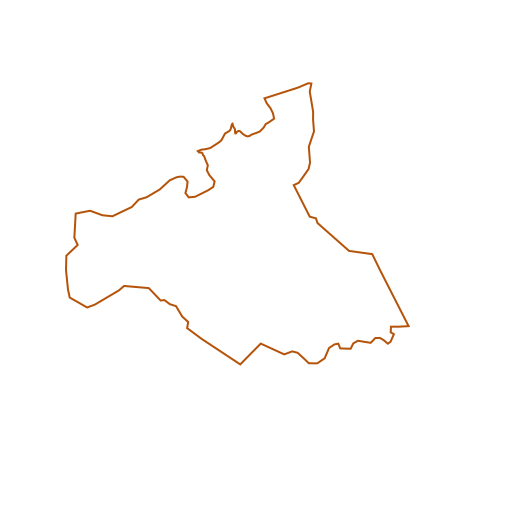 outline of Akpabuyo, Cross River, Nigeria, rotated 45°
{"feature_id": "59680162B58958286313368", "entity_name": "Akpabuyo", "entity_type": "district", "adm_level": 2, "iso_a3": "NGA", "parent_name": "Nigeria", "parent_adm1": "Cross River", "projection": "natural_earth1", "projection_center": [8.451, 4.951], "detail": "fine", "context": "isolated", "style": "outline", "palette": "amber", "viewbox_px": 512, "rotation_deg": 45, "n_neighbors": 0, "source": "geoboundaries", "source_scale": "gbopen_adm2", "svg_char_len": 1758}
<svg xmlns="http://www.w3.org/2000/svg" viewBox="0 0 512 512"><g transform="rotate(45 256 256)"><path d="M173.0,411.8L176.4,404.4L183.4,377.2L183.9,370.5L202.9,354.5L220.0,354.9L222.5,351.9L229.1,351.0L234.9,348.0L246.7,351.0L254.7,350.6L258.3,355.7L275.9,353.1L321.5,343.8L321.3,314.6L345.5,305.6L349.1,297.8L353.9,295.0L362.7,294.6L369.2,294.5L375.2,288.6L376.9,279.8L372.7,269.4L374.0,263.0L376.2,259.8L380.9,261.8L388.5,254.7L386.6,249.0L388.0,243.9L398.5,236.3L398.4,229.6L401.6,226.3L405.8,225.2L411.2,224.8L411.8,221.6L408.8,213.8L405.2,214.7L401.4,210.5L406.6,205.4L413.5,197.7L354.4,178.5L336.9,172.5L318.2,186.6L276.2,189.2L271.7,187.0L266.2,190.2L232.6,179.2L234.5,173.9L231.7,157.4L228.2,151.8L216.1,141.4L208.9,126.9L199.8,119.1L194.4,113.6L177.7,101.7L173.2,94.9L170.8,96.9L166.6,107.3L150.5,138.5L155.6,140.4L161.9,141.3L167.1,143.1L171.7,146.1L170.4,153.2L169.6,155.6L170.1,157.9L170.6,159.6L170.7,165.2L169.3,168.5L167.0,173.4L166.6,175.5L165.6,177.3L163.4,178.4L160.2,179.0L156.3,179.1L155.1,180.1L154.7,181.8L155.1,183.4L154.8,183.9L153.9,183.5L151.7,181.4L151.1,181.1L150.3,180.9L148.9,180.7L148.1,180.4L145.9,179.1L145.8,179.9L148.4,184.2L148.8,186.1L147.5,191.4L149.5,197.8L149.7,200.0L149.0,204.1L147.3,212.0L145.0,215.8L142.1,219.6L140.7,223.0L142.6,223.0L144.4,221.4L145.5,221.2L147.0,222.1L148.7,222.1L153.3,224.2L157.8,225.9L160.5,230.1L165.7,231.8L174.0,232.5L176.9,237.3L175.7,243.3L171.1,257.1L167.0,262.1L161.6,261.4L158.5,256.1L154.9,251.7L148.8,251.2L146.2,253.5L144.1,256.6L141.5,263.4L140.9,277.0L137.1,291.8L133.2,299.0L133.5,309.2L126.4,329.4L118.6,335.8L106.7,341.3L98.5,353.5L114.6,371.5L122.1,374.3L121.7,389.9L131.6,400.3L146.7,412.6L153.7,417.1L173.0,411.8Z" fill="none" stroke="#b45309" stroke-width="2"/></g></svg>